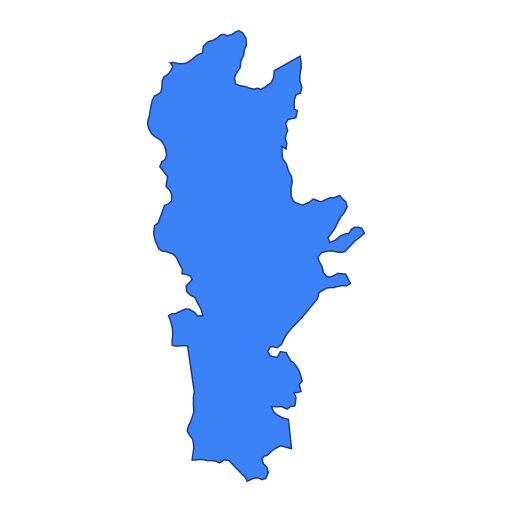 Laranjal Paulista, São Paulo, Brazil
{"feature_id": "56859067B98155787444179", "entity_name": "Laranjal Paulista", "entity_type": "district", "adm_level": 2, "iso_a3": "BRA", "parent_name": "Brazil", "parent_adm1": "São Paulo", "projection": "equal_earth", "projection_center": [-47.857, -23.018], "detail": "fine", "context": "isolated", "style": "filled", "palette": "blue", "viewbox_px": 512, "rotation_deg": 0, "n_neighbors": 0, "source": "geoboundaries", "source_scale": "gbopen_adm2", "svg_char_len": 3435}
<svg xmlns="http://www.w3.org/2000/svg" viewBox="0 0 512 512"><path d="M288.4,419.4L282.4,417.8L276.7,414.7L273.7,411.9L271.4,406.5L276.8,406.8L281.6,406.6L287.1,409.1L290.2,406.6L294.9,405.9L296.0,397.6L294.1,392.7L297.9,392.5L301.1,391.3L299.2,384.6L302.1,381.0L299.9,373.0L297.9,368.5L294.2,363.4L290.8,360.9L288.0,356.1L286.1,352.6L280.3,351.7L277.3,357.4L273.8,356.8L270.3,356.0L267.7,351.4L270.4,346.7L273.5,346.7L277.0,347.8L281.4,344.5L284.2,338.9L286.5,334.4L291.9,327.9L302.6,316.7L317.5,298.7L319.0,292.5L326.5,288.2L329.7,287.6L333.6,287.6L337.9,286.4L341.6,285.7L346.6,285.8L350.5,283.3L345.6,274.1L337.8,273.4L333.2,275.9L329.8,277.1L326.7,276.6L323.6,272.8L322.0,266.5L319.2,261.4L317.8,257.1L321.5,252.6L328.5,251.0L333.1,251.2L337.6,252.1L341.9,252.4L345.3,251.2L348.6,247.6L355.6,240.3L359.0,238.0L364.5,233.1L361.8,228.3L358.3,227.2L355.0,227.2L351.6,229.0L348.9,233.5L345.1,234.0L340.8,235.6L334.9,240.5L329.6,242.5L328.1,237.5L331.5,233.1L335.0,228.3L337.7,222.5L341.0,216.5L344.5,212.3L347.1,206.8L345.9,201.9L342.6,199.0L339.7,195.4L334.3,197.7L329.6,197.8L320.9,201.9L313.3,199.0L309.5,202.1L302.8,205.1L297.8,203.7L293.6,201.5L291.2,196.1L291.0,188.5L292.2,181.9L291.4,176.2L288.6,171.4L286.4,164.0L282.6,158.6L282.1,152.6L281.9,146.3L286.0,149.0L286.8,143.4L285.4,138.9L286.0,134.4L287.7,130.8L285.7,123.4L288.1,119.5L291.4,118.7L295.8,117.8L297.4,110.8L294.4,109.0L294.1,104.8L294.4,99.6L296.1,94.7L300.5,93.1L301.9,87.5L299.9,81.0L300.0,73.8L301.2,68.0L301.1,62.4L300.1,56.2L274.2,70.7L273.8,76.8L271.4,82.6L268.3,84.6L264.9,87.3L260.9,89.3L257.6,88.2L254.3,89.1L249.4,88.2L244.9,86.4L240.1,85.7L235.6,84.0L234.4,77.8L236.4,73.1L240.2,67.5L240.9,60.9L243.6,55.4L244.4,49.8L246.5,44.9L245.9,38.2L242.6,32.8L238.9,30.7L235.5,31.9L232.5,34.3L227.2,35.9L224.3,34.4L220.3,35.0L217.8,37.5L213.3,40.2L208.1,41.7L203.4,46.2L202.5,53.0L197.2,55.0L192.4,59.2L186.2,63.3L181.7,63.7L177.7,63.5L173.4,62.4L170.2,62.8L173.0,66.6L170.4,71.2L167.6,74.7L164.1,76.7L162.1,80.7L162.0,87.5L160.8,92.3L157.9,94.3L154.4,96.0L152.2,100.6L151.0,105.9L150.2,110.6L149.5,115.1L148.4,119.2L147.5,123.5L148.7,128.4L151.4,133.5L154.5,136.4L158.6,138.7L161.5,141.1L163.7,144.4L165.8,149.9L166.5,155.3L165.2,159.5L162.0,161.6L159.8,166.6L163.8,171.9L167.6,176.9L166.9,181.3L166.0,186.2L169.8,190.4L171.8,194.8L171.5,201.0L168.2,204.0L164.5,205.5L162.3,211.8L160.6,216.4L158.1,223.0L154.6,225.7L153.6,233.3L155.1,240.3L158.8,248.8L162.0,251.0L166.5,251.7L173.2,254.1L176.5,257.7L179.2,263.6L182.4,269.2L182.0,273.8L185.4,274.1L189.9,275.7L192.2,279.4L189.9,282.2L186.1,285.8L186.9,291.8L190.4,295.2L194.8,297.2L197.6,302.9L201.0,309.1L202.9,315.8L197.4,316.0L194.8,312.5L189.1,309.1L185.2,309.1L180.7,311.1L175.0,313.8L171.9,313.8L168.5,315.6L170.9,322.1L172.5,328.5L172.7,334.7L172.2,340.4L172.2,345.4L176.7,346.1L183.5,345.6L187.6,345.8L193.4,385.9L194.4,391.2L193.4,397.6L193.4,404.2L193.8,412.0L192.1,417.4L190.6,421.8L188.6,425.5L187.2,431.0L189.8,435.5L192.8,439.5L193.9,447.1L193.0,453.7L192.1,460.0L196.0,459.9L200.1,459.5L204.0,459.7L207.1,460.6L211.3,460.6L215.5,461.1L219.7,462.9L224.1,459.9L228.9,460.4L233.7,465.6L237.4,469.4L241.3,473.4L245.4,477.4L247.1,481.3L251.4,479.2L255.3,477.9L258.3,477.9L261.8,479.6L265.7,478.5L268.3,472.5L266.7,467.0L263.3,463.6L261.8,458.6L264.4,456.1L267.5,455.2L272.2,450.5L277.0,447.6L280.7,445.8L285.7,447.1L291.5,448.7L288.4,419.4Z" fill="#3b82f6" stroke="#1e3a8a" stroke-width="1.5"/></svg>